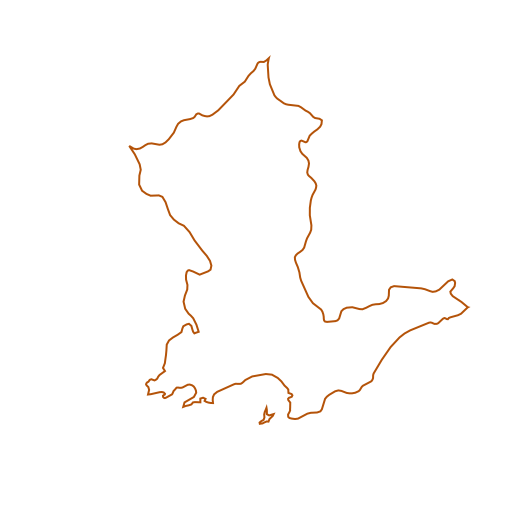 an SVG outline of Bío-Bío, rotated 241°
{"feature_id": "CHL-2702", "entity_name": "Bío-Bío", "entity_type": "Region", "adm_level": 1, "iso_a3": "CHL", "parent_name": "Chile", "parent_adm1": "", "projection": "mercator", "projection_center": [-72.611, -37.461], "detail": "fine", "context": "isolated", "style": "outline", "palette": "amber", "viewbox_px": 512, "rotation_deg": 241, "n_neighbors": 0, "source": "natural_earth", "source_scale": "10m", "svg_char_len": 4929}
<svg xmlns="http://www.w3.org/2000/svg" viewBox="0 0 512 512"><g transform="rotate(241 256 256)"><path d="M413.7,198.5L409.2,201.1L407.4,203.2L406.3,206.6L406.3,209.9L406.6,213.0L406.5,216.0L405.1,219.3L400.1,225.5L399.1,228.3L399.2,231.9L400.4,236.3L403.7,243.9L407.7,249.2L409.4,252.0L410.1,255.7L409.7,258.8L407.7,264.8L407.1,267.9L407.4,269.7L408.9,272.5L408.8,274.3L408.2,275.3L405.1,277.2L403.2,279.1L401.8,280.9L400.9,283.1L400.7,286.4L401.7,293.6L408.1,314.6L412.9,323.9L413.9,330.7L417.2,336.8L418.3,340.1L419.0,343.5L420.1,346.1L423.6,350.7L423.9,351.5L424.0,352.4L423.9,353.3L423.6,354.2L421.9,356.9L422.0,359.8L422.8,363.1L422.7,363.0L418.9,359.9L417.5,358.9L406.1,353.5L399.5,351.4L387.6,350.0L385.6,350.3L383.6,350.8L376.0,354.4L374.2,355.8L372.7,357.5L366.7,365.9L364.2,367.5L359.2,369.8L357.0,371.3L354.8,372.4L349.9,373.5L348.1,374.5L345.2,378.1L342.7,379.4L339.6,377.2L338.0,374.8L337.0,371.1L336.6,367.3L336.0,364.2L335.2,361.3L331.4,356.5L331.2,355.2L331.5,354.4L333.7,352.7L334.9,351.7L335.1,350.6L334.5,349.3L332.8,347.9L330.1,346.5L326.1,345.7L323.0,346.0L317.2,348.0L314.0,348.1L311.2,347.2L308.5,345.1L306.2,342.8L304.2,341.3L302.0,340.8L300.4,341.1L297.5,342.2L293.0,343.3L290.5,343.4L288.3,342.9L286.7,341.7L285.3,340.3L282.0,335.1L280.1,332.9L278.0,330.9L272.1,326.5L265.5,322.8L255.9,319.3L252.2,317.0L250.2,314.7L246.7,309.2L244.7,306.9L240.0,302.2L238.7,299.6L238.2,296.4L238.0,293.6L237.3,291.2L236.1,289.4L233.8,288.3L230.9,287.7L226.0,287.2L220.6,286.0L215.7,284.2L212.5,283.5L194.8,282.0L187.1,282.9L177.6,287.0L175.2,287.1L172.4,286.6L170.1,285.8L168.1,284.8L166.5,284.3L165.2,284.6L163.9,286.2L160.5,294.0L160.2,296.1L161.0,298.4L166.3,303.9L167.1,306.8L166.8,310.3L164.5,315.4L159.4,320.8L157.8,323.3L157.3,327.2L157.2,330.8L156.9,334.1L155.8,337.2L154.2,340.5L153.3,344.2L153.5,347.9L154.8,350.9L156.9,352.9L162.0,356.0L163.3,358.7L162.7,362.2L147.6,384.8L145.0,387.7L140.9,391.2L139.0,393.1L137.9,396.1L137.7,400.0L140.7,411.8L140.3,416.3L137.7,417.6L135.9,417.1L133.3,415.1L132.2,412.9L130.6,408.7L128.6,408.1L125.5,408.6L116.2,413.4L108.5,416.4L108.4,416.5L108.4,416.1L106.1,407.3L106.3,403.9L108.1,396.4L108.3,394.6L107.7,393.2L108.4,392.2L109.6,391.5L110.4,390.7L110.5,389.1L108.9,382.8L109.0,381.3L110.0,379.3L110.9,378.5L112.2,377.6L113.3,376.4L113.8,375.0L116.2,354.8L116.2,348.4L115.2,342.1L111.1,329.6L104.3,315.8L96.2,301.9L95.0,300.7L92.5,299.2L91.5,298.1L90.7,296.7L90.5,295.7L90.7,286.7L90.3,285.1L88.4,281.8L88.0,280.2L88.3,276.5L89.3,273.5L90.7,271.0L92.3,268.9L96.6,265.3L98.5,262.9L99.3,259.7L99.1,252.8L98.6,249.8L97.6,247.2L90.0,239.3L88.9,237.0L89.5,233.6L92.3,227.9L93.2,224.5L93.4,213.9L94.5,211.1L96.5,208.4L98.1,206.7L99.7,206.2L101.8,207.2L103.3,209.6L104.4,211.0L105.7,211.6L106.2,212.0L111.2,214.9L114.3,214.4L115.5,214.8L116.0,216.1L115.7,217.7L115.6,219.1L116.5,220.3L118.0,220.2L120.5,218.0L123.6,219.5L125.5,219.2L128.9,218.1L134.1,217.4L138.8,215.9L144.5,212.4L148.0,207.4L152.5,194.3L152.7,186.5L152.0,183.9L151.7,182.5L151.6,180.8L152.0,179.9L154.2,176.0L154.5,174.4L156.0,156.2L155.3,152.3L153.5,149.9L151.0,148.3L148.2,147.1L149.3,145.3L150.8,143.4L152.5,141.8L154.2,140.8L155.5,142.6L157.7,141.0L158.3,138.2L155.0,136.4L157.8,131.8L158.5,129.9L157.5,127.5L158.0,124.8L158.9,121.9L159.3,119.2L162.6,122.5L162.8,133.3L165.4,137.4L167.4,138.2L169.7,138.5L172.0,138.3L173.9,137.4L175.7,135.7L176.5,133.8L176.6,128.4L176.8,127.2L177.4,125.9L178.1,124.8L178.7,124.1L179.3,122.9L179.1,121.9L178.6,120.8L177.9,118.5L176.1,116.2L175.7,115.5L175.7,108.6L175.9,107.4L176.6,106.7L177.8,106.4L178.9,106.9L179.1,108.0L179.1,109.1L179.6,109.6L181.4,109.1L182.7,107.7L183.6,105.7L186.1,97.1L187.2,94.4L190.7,97.6L193.6,98.3L195.8,97.6L197.0,97.6L197.7,98.3L198.2,99.4L198.2,101.0L199.2,103.0L198.9,104.8L197.9,105.6L196.4,106.9L196.3,108.2L196.6,110.1L197.9,112.0L198.7,114.0L199.5,120.6L203.2,120.4L206.4,124.3L209.5,126.6L212.8,129.1L216.6,131.7L221.8,135.0L224.3,139.0L225.0,143.9L225.1,149.3L225.6,153.9L228.3,156.5L229.8,158.4L229.8,162.2L229.2,164.5L226.2,165.6L222.5,164.7L220.2,164.3L218.2,164.6L218.0,166.4L217.5,169.1L219.9,169.6L224.8,170.6L232.0,170.9L235.4,170.1L238.2,169.1L244.2,168.5L251.2,170.5L255.9,174.7L260.0,179.6L263.9,182.0L269.3,183.4L272.9,185.3L275.5,187.5L276.3,189.3L276.1,190.6L273.0,193.4L267.0,197.7L265.8,206.6L266.1,209.6L269.2,212.3L274.0,213.4L280.0,213.0L286.8,211.6L299.4,209.8L309.1,209.5L317.4,207.6L322.1,204.2L327.7,201.8L333.4,200.7L339.9,201.7L346.9,203.0L353.1,202.8L356.1,200.4L359.8,193.1L363.4,190.3L368.3,188.0L375.1,188.4L382.9,193.0L387.3,197.0L392.6,198.7L398.0,199.0L403.7,199.3L413.7,198.5ZM106.4,180.6L107.4,178.0L108.6,178.4L109.0,180.6L109.0,183.2L110.7,185.1L113.4,186.3L115.3,188.0L116.7,189.8L118.2,191.6L116.2,190.9L114.5,190.0L112.4,188.8L110.2,190.2L109.5,193.4L109.2,194.8L108.0,193.1L106.9,188.8L105.1,186.6L106.1,185.2L106.4,182.3L106.4,180.6Z" fill="none" stroke="#b45309" stroke-width="2"/></g></svg>